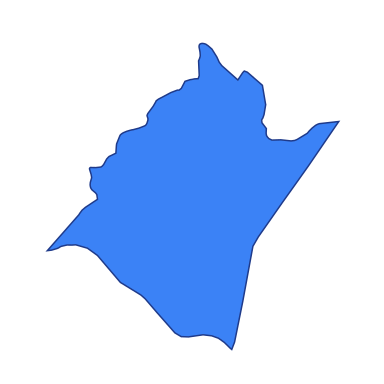 outline of Cartago, rotated 100°
{"feature_id": "CRI-1327", "entity_name": "Cartago", "entity_type": "Province", "adm_level": 1, "iso_a3": "CRI", "parent_name": "Costa Rica", "parent_adm1": "", "projection": "albers", "projection_center": [-83.788, 9.802], "detail": "fine", "context": "isolated", "style": "filled", "palette": "blue", "viewbox_px": 384, "rotation_deg": 100, "n_neighbors": 0, "source": "natural_earth", "source_scale": "10m", "svg_char_len": 1920}
<svg xmlns="http://www.w3.org/2000/svg" viewBox="0 0 384 384"><g transform="rotate(100 192 192)"><path d="M108.9,135.9L110.4,135.5L111.7,135.1L116.6,129.8L121.3,129.2L123.5,128.4L124.9,127.1L126.1,125.5L127.0,122.3L125.2,113.6L124.5,103.3L123.4,99.8L122.0,97.6L114.2,88.7L113.4,88.2L111.6,87.2L108.3,84.9L104.9,81.9L103.5,80.1L102.6,78.5L97.1,59.7L145.9,81.8L163.0,89.9L186.5,101.1L224.7,118.9L234.9,122.6L291.1,123.0L332.4,124.0L340.2,125.5L339.3,127.1L334.5,134.1L331.4,140.6L330.2,147.6L330.7,156.3L335.3,170.3L336.3,177.5L333.7,184.4L317.1,205.2L305.3,219.6L302.3,224.5L293.5,246.8L270.9,274.1L265.5,285.2L264.2,297.3L265.1,301.0L265.9,305.9L268.2,311.3L269.0,312.4L270.2,313.7L271.0,314.9L273.6,320.1L274.9,324.3L233.8,299.3L232.8,299.0L229.0,297.1L225.6,294.3L215.6,283.8L211.0,285.3L209.5,287.0L207.5,290.5L206.9,291.3L206.2,291.9L205.5,292.5L204.6,292.9L203.6,293.3L202.5,293.6L201.4,293.7L200.1,293.8L195.5,293.3L194.4,293.6L192.4,294.3L187.0,297.0L186.2,296.9L185.5,296.3L184.7,291.1L183.5,286.9L183.1,285.9L182.1,284.9L180.3,283.8L174.4,281.8L172.5,280.6L171.4,279.8L167.0,273.7L159.5,274.5L157.7,274.6L149.1,272.8L148.1,272.4L146.9,271.4L145.6,270.0L143.6,266.9L142.0,263.7L141.2,261.9L140.9,260.9L138.3,255.3L135.3,250.4L134.7,249.6L133.6,248.8L132.0,248.3L128.8,247.9L127.2,248.2L126.1,248.8L125.2,249.3L124.3,249.6L122.3,249.1L114.3,245.1L109.6,243.4L108.4,243.1L106.4,241.2L97.7,230.0L94.2,224.1L94.1,223.3L93.9,222.4L91.8,220.5L84.2,218.1L81.7,213.3L81.0,211.2L80.2,209.3L79.3,205.6L76.1,205.1L61.7,208.3L59.5,207.8L57.1,207.5L56.0,207.6L52.8,208.4L48.1,210.2L47.0,210.4L45.8,210.3L45.0,209.9L44.4,209.1L44.0,208.2L43.8,207.0L43.8,205.8L44.0,204.1L45.2,201.5L47.8,197.2L54.7,191.0L59.5,187.7L62.4,184.6L73.7,166.3L65.9,162.9L64.4,162.0L63.8,161.5L64.4,158.3L74.7,141.2L92.7,134.8L93.1,134.6L103.3,134.5L106.9,135.1L107.8,135.5L108.9,135.9Z" fill="#3b82f6" stroke="#1e3a8a" stroke-width="1.5"/></g></svg>